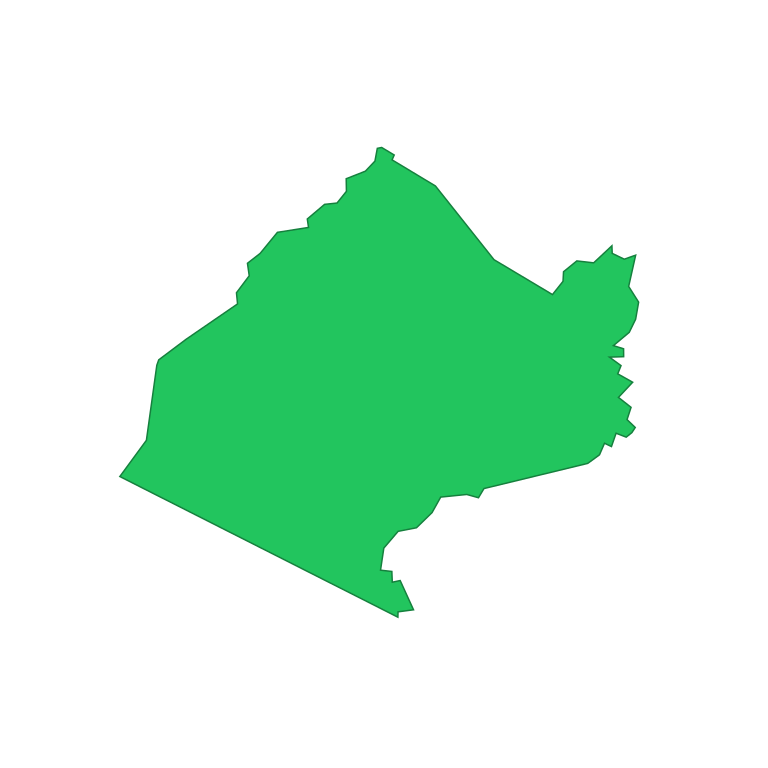 outline of Victoria, Texas, United States of America, rotated 251°
{"feature_id": "52423323B26003221317012", "entity_name": "Victoria", "entity_type": "district", "adm_level": 2, "iso_a3": "USA", "parent_name": "United States of America", "parent_adm1": "Texas", "projection": "equal_earth", "projection_center": [-96.974, 28.795], "detail": "fine", "context": "isolated", "style": "filled", "palette": "green", "viewbox_px": 768, "rotation_deg": 251, "n_neighbors": 0, "source": "geoboundaries", "source_scale": "gbopen_adm2", "svg_char_len": 1035}
<svg xmlns="http://www.w3.org/2000/svg" viewBox="0 0 768 768"><g transform="rotate(251 384 384)"><path d="M382.5,104.1L159.0,321.2L164.0,323.1L160.9,338.4L192.9,335.3L193.9,327.3L204.2,330.4L209.1,320.1L228.9,330.4L240.1,349.4L237.5,367.9L246.8,387.6L258.6,400.8L252.6,426.3L245.7,436.3L252.6,444.5L242.6,550.8L246.9,564.7L256.2,573.2L250.8,578.7L261.9,587.4L254.9,595.7L257.3,602.5L261.1,607.4L271.2,602.2L281.5,610.0L295.0,601.3L304.7,619.7L317.5,608.3L324.2,614.1L336.0,605.9L331.8,619.5L339.3,622.0L345.6,613.4L353.0,632.7L363.3,643.0L378.5,651.4L396.6,647.1L423.9,663.9L423.8,651.8L433.2,642.3L440.5,644.5L430.3,621.7L437.6,606.4L431.7,590.3L422.8,586.7L413.7,572.4L465.7,528.5L554.5,497.1L593.3,464.6L597.2,468.2L608.4,458.8L609.0,454.4L597.7,448.0L591.3,435.7L590.4,415.1L578.4,411.2L570.4,398.5L573.2,386.3L565.0,365.2L556.6,363.6L562.1,332.6L547.8,309.4L542.6,294.2L530.2,291.8L518.3,274.2L507.4,271.6L490.7,211.4L480.2,178.9L475.7,175.3L408.1,141.0L382.5,104.1Z" fill="#22c55e" stroke="#15803d" stroke-width="1.5"/></g></svg>